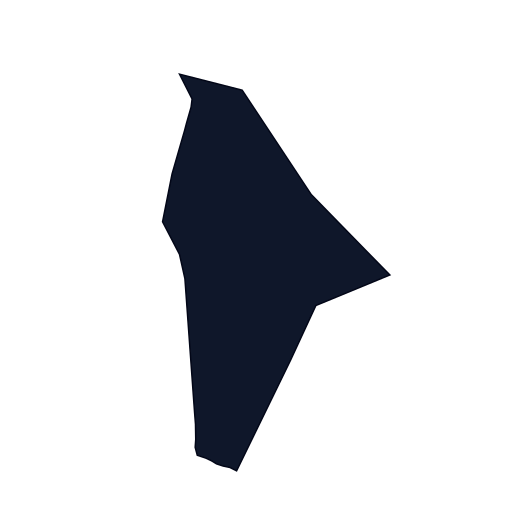 the district of Senador Elói de Souza, Rio Grande do Norte, Brazil, rotated 71°
{"feature_id": "56859067B83045836784130", "entity_name": "Senador Elói de Souza", "entity_type": "district", "adm_level": 2, "iso_a3": "BRA", "parent_name": "Brazil", "parent_adm1": "Rio Grande do Norte", "projection": "natural_earth1", "projection_center": [-35.665, -6.036], "detail": "fine", "context": "isolated", "style": "filled", "palette": "ink", "viewbox_px": 512, "rotation_deg": 71, "n_neighbors": 0, "source": "geoboundaries", "source_scale": "gbopen_adm2", "svg_char_len": 490}
<svg xmlns="http://www.w3.org/2000/svg" viewBox="0 0 512 512"><g transform="rotate(71 256 256)"><path d="M317.5,135.6L285.8,150.7L215.8,183.8L94.7,215.1L59.2,269.1L86.7,265.3L94.1,268.9L108.0,278.6L114.0,282.6L151.0,308.6L193.2,333.2L229.5,327.8L254.3,330.6L384.2,365.1L395.4,368.0L409.8,372.7L417.1,375.8L425.3,376.4L430.7,369.3L435.1,364.8L439.7,361.0L443.8,355.6L447.4,349.6L452.8,344.3L365.7,257.2L322.3,215.5L317.5,135.6Z" fill="#0f172a" stroke="#020617" stroke-width="1.5"/></g></svg>